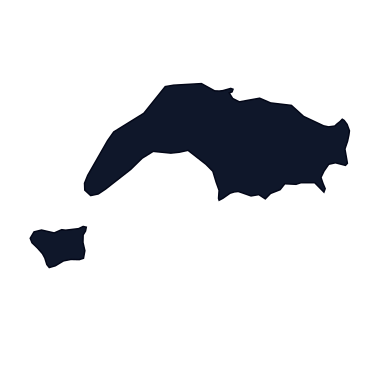 Inagua, Albers equal-area conic projection, rotated 200°
{"feature_id": "BHS-5038", "entity_name": "Inagua", "entity_type": "District", "adm_level": 1, "iso_a3": "BHS", "parent_name": "The Bahamas", "parent_adm1": "", "projection": "albers", "projection_center": [-73.316, 21.237], "detail": "fine", "context": "isolated", "style": "filled", "palette": "ink", "viewbox_px": 384, "rotation_deg": 200, "n_neighbors": 0, "source": "natural_earth", "source_scale": "10m", "svg_char_len": 1333}
<svg xmlns="http://www.w3.org/2000/svg" viewBox="0 0 384 384"><g transform="rotate(200 192 192)"><path d="M75.1,256.8L75.8,249.8L71.8,244.8L68.0,240.7L68.0,237.0L79.9,242.7L86.9,240.1L92.8,238.0L96.9,234.8L107.6,231.5L110.0,224.3L117.7,217.5L120.8,210.6L128.3,212.4L135.2,208.5L145.2,208.4L148.7,208.3L152.2,206.6L155.8,203.9L160.8,196.7L163.7,193.5L164.9,195.1L167.1,202.8L172.6,209.4L179.5,218.6L188.4,222.8L210.0,229.8L217.6,225.0L225.2,221.3L242.4,216.9L250.4,206.7L257.3,192.3L274.2,165.2L279.4,158.1L286.0,154.0L293.4,157.1L296.0,163.5L295.7,172.0L288.9,211.4L286.1,221.7L264.2,249.5L253.2,281.9L245.8,286.1L220.2,297.1L205.3,294.8L200.9,296.2L197.7,297.8L191.0,302.6L188.6,302.6L188.6,299.8L190.9,297.8L185.8,293.8L178.4,292.9L160.5,303.3L148.6,302.6L128.2,307.4L113.0,301.2L91.0,299.2L86.0,299.9L80.4,302.8L79.0,305.6L77.0,308.8L75.7,311.8L73.5,311.3L69.4,308.6L65.0,303.4L64.1,299.4L63.2,293.0L63.0,284.7L56.9,274.1L55.8,272.1L56.9,269.5L67.2,268.5L73.0,264.8L75.1,256.8ZM297.7,112.9L286.0,118.8L282.5,122.4L279.3,122.8L278.7,118.9L279.6,114.4L277.2,107.3L272.6,100.2L271.3,92.6L274.8,89.9L282.8,87.2L289.2,83.3L295.2,75.9L300.3,72.2L303.6,74.2L307.7,79.6L311.4,82.9L318.2,86.6L325.0,89.6L328.2,93.2L326.8,100.5L320.4,104.8L307.5,106.4L301.6,112.0L297.7,112.9Z" fill="#0f172a" stroke="#020617" stroke-width="1.5"/></g></svg>